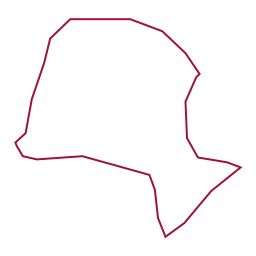 outline of Poole
{"feature_id": "GBR-2052", "entity_name": "Poole", "entity_type": "Unitary Authority", "adm_level": 1, "iso_a3": "GBR", "parent_name": "United Kingdom", "parent_adm1": "", "projection": "albers", "projection_center": [-1.96, 50.73], "detail": "fine", "context": "isolated", "style": "outline", "palette": "rose", "viewbox_px": 256, "rotation_deg": 0, "n_neighbors": 0, "source": "natural_earth", "source_scale": "10m", "svg_char_len": 442}
<svg xmlns="http://www.w3.org/2000/svg" viewBox="0 0 256 256"><path d="M240.6,167.4L211.1,191.1L184.5,222.9L165.5,236.8L158.0,218.0L154.9,189.8L149.4,174.9L82.4,156.2L36.8,159.4L22.8,156.2L16.7,145.9L15.4,142.5L25.6,133.2L31.8,99.2L44.2,62.8L50.2,38.5L70.3,19.2L93.3,19.2L130.2,19.2L162.4,31.3L185.5,53.2L199.6,74.0L196.2,77.3L185.5,101.6L187.0,138.1L197.9,157.5L227.0,162.3L240.6,167.4Z" fill="none" stroke="#9f1239" stroke-width="2"/></svg>